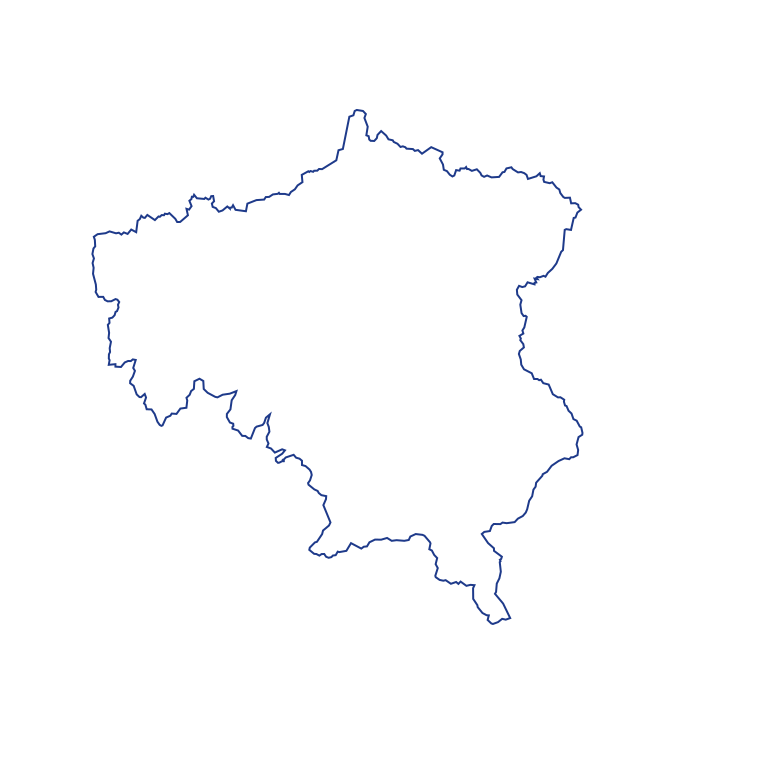 outline of Lucanas, Ayacucho, Peru, rotated 338°
{"feature_id": "86281439B5175485015663", "entity_name": "Lucanas", "entity_type": "district", "adm_level": 2, "iso_a3": "PER", "parent_name": "Peru", "parent_adm1": "Ayacucho", "projection": "natural_earth1", "projection_center": [-74.354, -14.75], "detail": "fine", "context": "isolated", "style": "outline", "palette": "blue", "viewbox_px": 768, "rotation_deg": 338, "n_neighbors": 0, "source": "geoboundaries", "source_scale": "gbopen_adm2", "svg_char_len": 6166}
<svg xmlns="http://www.w3.org/2000/svg" viewBox="0 0 768 768"><g transform="rotate(338 384 384)"><path d="M617.5,266.5L615.6,260.0L612.9,259.9L608.2,256.6L608.4,254.2L610.1,251.5L607.1,249.9L607.4,246.9L603.1,248.5L594.3,247.8L594.5,243.5L593.0,241.0L590.5,238.8L587.5,238.0L583.8,232.9L583.3,230.8L578.3,230.0L575.1,232.5L573.2,232.1L568.3,235.1L561.1,232.7L557.7,229.3L554.4,229.4L552.6,227.2L552.4,224.3L550.5,219.7L545.3,219.3L542.9,216.3L541.5,215.8L541.4,213.6L539.6,214.4L535.7,212.8L534.0,214.5L531.0,212.7L527.3,217.0L525.2,217.2L523.4,214.6L522.1,210.2L519.7,207.8L520.9,202.6L520.2,195.7L524.3,193.0L525.1,191.1L516.5,182.1L505.5,184.7L503.2,179.9L499.9,179.4L498.8,177.0L493.0,174.2L492.5,172.5L490.5,170.7L488.1,170.4L486.5,166.3L483.7,163.2L483.4,161.3L479.8,158.8L479.1,154.5L476.1,148.4L471.3,150.6L469.4,153.4L466.0,155.0L462.7,153.5L461.9,151.8L462.6,148.5L460.8,146.8L465.3,139.3L465.5,130.0L468.3,126.9L466.8,123.0L461.3,119.7L459.1,119.9L456.3,123.4L452.0,123.2L433.9,150.7L429.4,150.2L423.6,158.7L407.1,161.6L404.3,160.3L402.1,161.2L399.1,160.1L397.8,160.7L395.6,159.0L394.1,159.4L393.5,158.4L386.1,159.3L384.0,166.3L378.3,167.5L374.3,170.1L369.6,171.1L366.7,173.2L363.4,170.7L358.5,168.7L358.2,167.4L356.8,167.9L352.0,166.6L347.6,167.5L344.4,166.4L342.0,168.1L334.6,165.7L324.9,165.6L320.7,172.1L311.6,166.9L311.0,161.7L308.9,163.4L306.9,162.7L306.7,163.5L305.2,160.7L299.3,162.6L295.4,162.4L294.0,157.9L291.5,155.6L292.0,152.2L294.9,150.9L296.0,145.7L294.2,145.1L292.1,147.1L290.3,147.2L288.2,144.4L286.7,145.1L280.1,141.7L278.8,137.4L277.3,139.0L276.0,138.4L274.7,140.4L272.2,141.2L272.2,147.0L268.6,149.3L266.5,147.6L265.4,154.1L255.7,157.4L252.9,156.3L252.4,152.7L249.0,145.1L246.9,145.4L244.6,144.0L243.3,145.1L241.1,144.1L238.8,145.0L237.7,144.2L233.0,146.2L227.9,138.6L224.5,140.4L223.2,139.6L222.0,137.1L219.4,139.6L216.7,140.4L211.1,150.4L207.5,146.1L202.5,148.8L199.6,146.0L196.5,147.1L194.8,144.4L192.0,143.9L186.7,139.7L182.4,139.9L174.6,137.8L170.1,138.8L169.9,142.0L167.8,148.2L165.4,149.5L162.3,154.3L162.1,158.9L159.1,162.7L158.3,167.5L155.5,172.8L154.1,183.8L152.5,188.8L151.1,190.6L151.9,196.3L156.3,198.0L156.7,201.5L158.7,203.8L162.1,205.1L166.9,204.7L168.4,206.0L169.2,208.8L167.0,210.9L166.5,213.6L163.8,216.4L162.1,216.6L160.0,219.3L157.0,220.7L153.7,220.3L152.4,224.5L150.1,225.7L148.3,233.6L145.8,238.2L146.7,242.5L143.1,248.0L142.0,251.7L140.1,253.4L138.4,257.3L138.5,259.1L136.0,263.1L142.4,265.0L141.5,267.3L146.5,269.7L151.7,266.9L155.4,266.8L157.8,267.9L160.3,267.1L162.8,268.7L157.5,275.2L158.0,278.5L153.9,283.1L149.9,285.9L148.9,288.2L151.2,291.9L150.8,301.0L152.4,304.5L153.8,305.2L158.4,303.6L158.3,307.4L154.2,312.1L155.0,313.8L154.5,318.5L158.9,320.5L160.1,325.9L159.8,334.1L160.7,337.9L161.9,339.4L163.2,339.4L169.4,333.5L174.0,333.4L176.1,331.9L180.4,334.0L186.0,330.5L191.9,332.0L195.4,325.6L195.7,322.8L199.8,321.2L202.5,318.3L205.9,317.3L209.2,310.4L214.9,310.0L217.6,313.5L215.0,321.1L217.2,326.1L222.7,332.7L224.6,334.0L230.4,333.5L237.4,335.2L244.5,335.3L241.9,338.5L236.7,342.0L232.1,350.0L227.1,352.9L225.9,355.8L226.7,362.0L229.3,364.3L228.7,366.4L227.3,367.1L226.8,368.7L231.3,372.5L233.1,379.0L236.0,380.2L237.8,383.3L240.1,384.7L247.9,376.5L249.9,375.8L256.1,376.5L258.3,375.2L261.9,371.0L266.9,369.4L261.2,376.6L261.1,380.6L259.9,385.3L255.5,389.0L254.5,391.6L254.6,395.9L251.8,398.5L255.1,401.5L257.1,406.7L265.1,406.4L267.3,408.4L263.5,410.5L255.9,412.0L255.0,414.8L256.2,417.4L257.5,417.7L261.9,417.3L261.5,415.7L262.3,417.0L261.8,418.9L262.8,416.5L265.4,415.3L273.7,415.8L274.9,419.4L277.7,421.6L279.2,424.4L277.6,428.4L280.5,430.7L282.9,435.4L283.4,438.2L282.9,441.3L279.3,445.6L276.5,447.4L276.3,449.1L279.9,455.6L282.4,458.3L282.7,460.7L284.3,463.6L288.4,466.3L287.1,469.0L282.4,473.6L282.5,492.3L280.0,494.6L272.6,497.0L270.4,500.0L262.7,505.2L260.6,505.0L253.9,507.9L252.6,509.8L255.6,515.3L257.6,516.3L259.8,518.9L262.4,518.3L264.9,519.2L265.6,522.5L267.6,524.4L270.4,524.8L272.3,523.9L275.1,524.6L278.3,522.1L279.5,523.1L286.6,524.6L293.8,519.2L301.3,528.1L304.3,527.3L307.4,528.2L311.2,525.3L317.3,524.9L323.2,527.3L329.2,527.9L332.4,532.3L337.1,533.5L344.1,537.0L348.5,537.9L351.3,535.3L357.2,535.0L363.2,538.3L364.7,539.9L367.4,548.0L367.4,549.2L364.1,554.2L366.0,556.3L366.5,561.3L368.1,565.3L364.4,570.4L364.9,574.8L359.7,581.1L359.6,582.5L362.2,586.5L365.3,588.6L367.7,589.0L371.2,594.3L376.7,594.6L378.1,597.2L381.0,595.9L384.8,602.0L388.9,602.6L392.5,604.4L390.1,606.7L386.2,616.7L387.7,624.0L387.3,626.0L389.5,633.2L392.5,636.8L394.5,637.8L391.7,641.6L393.8,646.2L395.1,647.3L400.5,647.5L405.6,646.0L408.6,648.1L413.3,648.3L412.2,632.2L408.3,620.1L410.0,618.8L413.8,611.3L418.2,607.4L422.0,601.8L424.6,592.5L425.7,591.9L425.6,590.4L427.1,590.1L428.6,588.3L423.5,579.9L424.4,577.5L420.9,570.5L418.5,559.7L421.6,558.7L427.1,560.0L430.7,556.0L433.3,554.9L439.4,557.5L442.0,556.9L445.6,559.0L453.4,561.0L457.7,559.0L463.2,558.4L467.3,556.3L469.8,553.8L474.9,546.6L479.3,543.6L483.0,537.9L486.1,536.0L488.1,532.5L496.4,528.4L497.4,527.1L502.3,526.5L508.8,522.6L517.0,520.8L523.5,520.5L527.6,523.1L530.0,522.0L532.0,522.8L536.8,522.4L539.3,517.9L539.9,512.2L544.5,506.1L548.8,505.3L549.7,503.7L550.6,498.0L549.6,496.8L548.9,490.2L546.5,487.5L546.8,481.6L545.1,477.9L545.0,472.8L543.8,471.7L544.2,467.8L545.2,466.1L542.6,462.4L540.3,461.6L536.7,456.7L536.5,446.2L532.0,442.9L531.1,438.8L529.3,438.6L528.2,436.9L525.0,435.6L525.0,429.4L519.3,422.8L518.5,417.5L520.0,412.5L520.3,406.7L522.3,404.2L527.4,402.5L528.1,399.2L526.8,394.4L527.9,393.1L527.6,390.1L532.1,389.4L532.4,386.2L535.3,384.1L541.5,375.2L540.8,373.8L538.9,373.3L538.1,369.8L540.1,361.5L542.9,357.8L541.1,351.0L542.5,346.4L546.0,343.6L548.5,345.9L551.4,346.3L555.2,343.5L560.9,348.0L561.5,346.6L563.2,346.9L563.1,342.7L565.7,344.3L565.3,342.5L566.4,342.2L568.5,343.4L572.5,343.5L573.9,345.0L577.5,342.4L583.2,340.3L589.0,336.8L597.8,327.8L600.1,326.9L609.3,308.8L611.0,308.7L615.1,311.2L622.1,301.1L623.9,301.4L627.5,297.5L632.0,296.2L630.7,292.9L631.2,290.5L629.1,288.0L625.2,286.6L626.2,280.9L621.4,279.2L620.3,277.8L619.0,273.0L619.4,269.3L617.5,266.5Z" fill="none" stroke="#1e3a8a" stroke-width="2"/></g></svg>